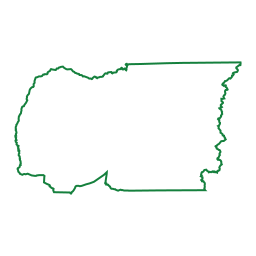 El Pangui, Zamora Chinchipe, Ecuador
{"feature_id": "8360857B57489769890627", "entity_name": "El Pangui", "entity_type": "district", "adm_level": 2, "iso_a3": "ECU", "parent_name": "Ecuador", "parent_adm1": "Zamora Chinchipe", "projection": "orthographic", "projection_center": [-78.54, -3.624], "detail": "fine", "context": "isolated", "style": "outline", "palette": "green", "viewbox_px": 256, "rotation_deg": 0, "n_neighbors": 0, "source": "geoboundaries", "source_scale": "gbopen_adm2", "svg_char_len": 5715}
<svg xmlns="http://www.w3.org/2000/svg" viewBox="0 0 256 256"><path d="M240.5,62.4L182.5,62.9L166.9,63.2L140.7,64.0L129.2,64.2L128.9,64.2L127.9,64.8L127.2,64.4L126.8,63.8L126.6,63.8L126.1,64.0L125.7,64.5L125.8,64.8L127.1,65.6L127.1,65.8L126.8,67.3L126.4,67.9L126.5,69.7L126.2,70.3L125.9,70.1L125.6,69.4L124.9,69.1L124.5,68.6L124.1,68.8L123.6,69.4L122.6,69.4L122.3,68.9L122.2,68.2L121.6,67.8L121.1,68.1L120.7,69.1L119.3,69.2L117.8,69.7L116.8,70.7L116.9,71.6L116.1,72.4L113.5,72.6L112.4,73.4L111.8,73.1L111.6,72.2L111.3,72.0L108.1,72.4L107.8,72.7L107.4,73.7L106.9,73.7L105.9,73.3L105.3,73.4L104.6,74.0L103.6,75.4L103.1,75.8L103.0,76.4L102.6,76.6L101.4,76.9L100.0,76.9L98.9,77.4L97.9,77.5L97.1,78.2L95.9,77.4L95.8,76.9L94.4,76.6L92.7,78.0L92.2,78.9L91.7,79.1L90.7,78.5L89.2,78.6L88.0,77.7L84.2,76.3L83.5,76.2L83.0,76.5L81.7,75.1L79.5,75.0L79.1,74.1L78.8,73.9L77.2,73.7L76.5,73.2L75.1,72.9L74.3,71.9L73.0,71.4L71.7,69.7L70.9,69.1L67.3,69.4L66.2,69.1L64.2,67.9L62.9,66.6L60.9,66.9L60.2,67.1L59.7,67.5L58.8,67.6L58.1,68.5L56.7,68.5L56.1,69.7L55.6,70.0L52.4,69.5L51.2,69.1L50.8,69.2L50.0,70.9L48.2,71.9L47.7,72.4L47.5,72.8L47.6,73.6L47.0,74.2L46.2,74.3L44.9,74.1L44.2,74.6L43.3,74.5L41.9,76.1L40.7,76.4L38.9,76.4L37.3,77.2L36.0,77.4L35.6,77.8L34.5,81.1L34.6,82.8L33.6,84.1L33.7,86.4L33.2,87.0L32.2,87.1L31.3,87.8L30.4,88.7L29.7,90.0L29.0,93.6L28.7,94.2L27.7,95.1L26.9,96.5L27.0,97.5L26.6,99.0L26.8,99.5L27.3,100.2L26.0,102.8L24.4,104.9L23.9,106.2L22.6,106.5L22.1,107.0L21.4,109.1L21.5,110.7L21.2,111.4L20.9,113.4L20.6,113.8L19.9,114.4L19.5,115.7L18.9,116.3L18.6,119.0L18.8,120.1L18.7,120.9L17.9,122.0L17.2,123.7L16.3,124.9L16.4,125.6L15.7,127.1L15.8,128.2L15.7,128.9L16.0,129.2L15.7,130.2L16.2,131.1L16.5,132.9L15.9,133.9L16.0,134.8L15.5,135.4L16.1,136.0L15.4,136.6L15.6,137.5L16.1,137.8L15.9,138.9L16.5,140.0L15.6,140.4L15.5,140.5L15.8,141.9L16.8,142.7L16.6,143.5L16.5,144.4L17.2,145.1L18.5,146.0L17.8,146.8L18.3,147.5L18.1,148.7L18.8,149.2L18.3,150.0L18.3,150.6L18.4,150.9L19.1,150.8L19.4,151.0L19.1,151.8L19.3,153.4L18.8,153.9L18.7,155.4L18.9,155.7L19.4,156.0L19.7,156.6L19.8,157.4L19.7,157.9L20.0,158.4L19.7,159.0L20.0,159.4L20.0,160.3L20.5,161.0L20.7,162.5L20.5,163.1L20.8,163.7L20.5,164.5L20.6,164.9L20.1,164.9L19.9,165.2L19.7,166.9L18.4,168.0L17.8,168.2L17.6,168.7L17.6,169.2L18.0,169.8L18.3,171.7L19.5,172.7L19.8,173.7L22.3,174.8L23.7,174.1L24.5,174.0L25.6,174.3L27.7,173.7L31.6,175.4L35.1,175.9L36.3,175.8L37.1,175.3L37.8,175.4L39.0,175.1L43.4,175.1L44.5,176.0L44.3,177.1L44.0,182.4L46.6,183.8L49.5,185.0L49.8,185.4L49.5,186.0L49.6,186.4L50.3,186.7L50.8,187.4L51.3,187.6L51.8,188.1L52.9,188.3L53.6,188.9L53.2,190.0L53.7,191.6L54.0,192.2L69.9,192.5L70.6,193.4L71.0,193.6L71.3,193.3L71.9,192.0L72.9,191.3L73.9,189.9L75.2,187.6L75.4,186.7L75.9,186.2L76.5,185.9L78.3,185.8L79.8,186.2L81.6,185.9L86.2,184.3L89.6,183.4L93.9,181.8L103.9,174.9L106.8,172.2L106.7,173.8L105.6,181.4L105.7,181.9L105.2,182.8L105.2,183.4L105.5,183.5L106.1,183.5L106.0,184.2L106.2,184.6L106.9,184.3L108.0,184.7L108.0,185.0L108.5,185.2L109.0,185.9L109.5,186.1L110.1,186.7L110.2,187.3L110.9,188.4L111.7,188.8L112.9,188.8L114.4,189.3L115.1,189.2L116.0,189.9L117.9,190.6L118.4,190.6L119.3,190.1L120.7,189.7L121.4,190.1L122.1,190.0L124.0,190.5L128.0,190.5L128.7,190.7L159.0,190.4L205.0,190.2L204.7,189.9L204.8,189.3L204.5,189.1L204.3,188.4L204.8,187.0L204.6,185.2L204.9,184.0L204.6,182.8L204.1,182.2L203.5,181.7L203.4,181.3L202.7,181.3L202.6,180.9L201.9,181.1L201.8,180.6L201.2,180.0L202.5,178.7L202.5,177.3L202.0,177.1L201.8,176.8L201.1,176.4L201.4,176.2L201.2,175.8L201.4,175.6L201.1,175.5L201.1,174.4L201.4,174.0L201.4,173.2L201.7,172.5L202.0,172.1L202.5,172.1L203.4,171.5L204.4,170.0L206.3,169.7L207.1,170.8L208.7,171.8L208.8,172.3L209.3,172.2L209.7,171.8L211.1,172.2L212.3,171.5L212.9,171.9L213.2,171.5L213.8,171.9L214.2,171.5L215.0,172.2L215.4,171.8L215.8,171.8L216.1,172.2L217.1,172.6L217.2,171.4L217.9,171.2L218.0,170.7L219.4,170.3L219.5,169.7L219.8,168.9L219.3,167.5L220.0,166.1L220.8,165.1L221.5,164.7L221.8,164.3L221.3,163.8L221.3,161.8L221.0,161.4L220.9,160.8L220.2,160.1L219.2,159.9L218.9,159.6L218.6,159.6L218.2,159.8L217.9,159.8L217.3,159.0L217.5,158.2L218.0,157.8L218.5,157.7L219.4,155.6L219.9,155.0L219.5,154.4L219.5,153.6L220.5,151.9L220.0,150.5L219.5,150.0L218.7,149.9L218.1,149.3L216.7,148.6L216.6,148.4L216.6,147.5L216.1,147.1L215.5,146.3L215.6,146.1L216.6,146.0L217.3,144.9L219.1,143.8L221.1,141.3L221.8,141.1L223.7,141.0L225.7,139.4L225.2,138.6L225.1,138.0L224.6,137.7L224.5,137.0L224.0,136.3L224.0,135.7L222.7,135.4L222.6,134.3L221.4,133.2L220.5,132.7L220.5,130.6L218.5,128.2L218.8,126.7L218.1,126.0L218.7,125.7L219.1,125.3L219.8,124.1L220.0,123.3L220.0,122.8L219.5,122.5L219.2,121.5L219.3,120.2L218.7,119.9L218.0,119.1L218.4,118.4L219.8,118.2L221.1,116.5L221.0,115.5L221.5,115.0L221.7,114.4L222.2,114.0L221.9,112.5L222.1,111.9L221.6,111.2L221.5,110.3L221.1,109.8L219.4,108.5L219.3,108.3L220.5,108.0L221.9,107.1L221.2,106.3L220.8,106.2L220.8,104.9L221.0,104.6L221.7,104.3L222.2,103.5L223.0,102.9L223.0,102.7L222.5,101.8L221.5,101.2L221.4,98.8L222.5,98.9L224.2,98.5L223.9,98.1L223.8,97.3L223.4,96.7L223.9,95.4L224.9,94.8L225.0,94.3L225.3,93.8L225.4,93.3L225.0,91.8L225.2,90.6L225.7,90.0L227.2,89.9L227.6,89.6L227.3,88.8L226.5,87.4L225.7,87.0L225.4,86.4L225.4,86.0L225.8,85.5L225.7,85.3L224.5,85.3L223.8,85.8L223.4,85.3L222.7,85.2L222.4,84.9L222.3,84.4L223.2,83.2L223.8,83.0L225.0,81.1L225.5,81.2L227.2,80.3L229.1,78.3L229.6,78.2L230.0,78.3L230.3,78.6L230.5,78.5L231.8,77.1L232.0,75.6L232.8,75.6L233.7,74.4L233.5,73.7L232.9,73.4L233.0,73.1L234.2,72.5L237.1,71.9L237.5,71.3L237.9,70.2L237.6,69.5L236.3,68.2L236.3,67.4L239.6,64.9L240.1,65.2L240.4,65.1L240.6,63.2L240.5,62.4Z" fill="none" stroke="#15803d" stroke-width="2"/></svg>